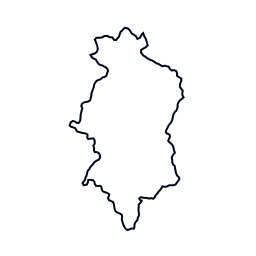 outline of Rio do Prado, Minas Gerais, Brazil, rotated 26°
{"feature_id": "56859067B64680241764039", "entity_name": "Rio do Prado", "entity_type": "district", "adm_level": 2, "iso_a3": "BRA", "parent_name": "Brazil", "parent_adm1": "Minas Gerais", "projection": "orthographic", "projection_center": [-40.561, -16.684], "detail": "fine", "context": "isolated", "style": "outline", "palette": "ink", "viewbox_px": 256, "rotation_deg": 26, "n_neighbors": 0, "source": "geoboundaries", "source_scale": "gbopen_adm2", "svg_char_len": 3381}
<svg xmlns="http://www.w3.org/2000/svg" viewBox="0 0 256 256"><g transform="rotate(26 128 128)"><path d="M177.4,215.9L177.0,213.7L176.1,211.8L176.0,209.5L176.8,206.7L176.2,204.5L176.2,202.0L175.2,199.8L173.8,197.8L172.7,195.6L172.1,193.9L171.2,192.1L172.0,189.6L172.1,187.4L170.3,187.4L169.0,186.4L169.8,184.6L172.6,183.9L174.6,183.0L176.2,182.5L178.2,182.1L179.4,180.9L181.7,180.5L182.5,178.3L182.3,176.5L183.1,173.9L183.6,170.9L184.4,168.3L184.6,165.3L186.8,164.8L188.6,163.6L190.2,161.4L192.4,160.3L194.3,159.3L195.5,157.9L195.9,155.4L196.2,153.5L196.6,151.2L195.2,149.9L192.9,149.2L190.9,147.5L189.4,145.5L188.0,143.6L186.5,141.6L184.7,141.1L182.9,139.6L181.9,137.4L180.4,135.7L180.2,133.6L180.4,131.6L181.0,129.6L179.0,127.8L177.8,126.1L176.5,124.7L175.1,123.7L173.3,123.1L171.5,122.7L169.8,122.0L169.6,120.2L169.6,117.7L168.6,115.9L166.9,115.8L165.2,115.9L163.7,115.1L163.3,112.5L163.4,110.2L163.4,108.3L163.7,106.4L164.3,104.0L164.2,101.4L163.6,98.9L163.0,96.0L163.0,93.5L163.7,91.6L163.8,89.5L163.3,87.1L162.3,85.2L162.1,82.6L162.4,80.7L163.4,78.6L164.5,76.1L162.5,74.6L161.6,73.1L160.9,70.6L158.8,69.4L156.7,68.4L155.6,66.0L155.3,64.2L155.2,62.0L154.1,60.1L151.7,60.0L149.1,59.6L148.2,57.4L146.5,55.7L144.2,55.8L141.9,57.2L139.5,56.4L137.6,55.0L136.0,55.5L133.9,55.8L132.0,57.3L129.5,57.3L127.1,57.0L125.2,57.4L122.9,57.0L120.4,56.7L118.6,57.0L116.9,56.9L114.9,56.9L112.6,56.4L109.9,56.1L106.8,54.6L105.6,52.3L106.5,50.6L107.5,49.2L108.7,47.4L109.4,44.9L107.8,43.2L106.0,41.2L104.5,39.7L103.0,38.9L101.4,37.4L100.0,36.1L99.4,37.7L99.3,39.4L99.1,41.6L97.5,43.8L94.8,42.0L91.9,41.5L90.0,41.5L88.2,40.3L86.3,39.2L84.1,38.6L81.3,39.2L80.5,41.1L80.1,42.8L79.2,44.8L79.5,47.4L79.8,50.0L79.2,52.2L78.8,54.1L76.7,54.9L74.2,53.4L71.7,54.5L68.7,54.3L66.3,55.9L65.1,57.9L63.4,59.1L61.7,59.8L60.1,60.8L59.4,63.0L61.3,64.7L63.0,66.3L64.7,68.0L66.3,70.4L66.6,73.3L65.4,75.7L63.6,77.3L62.3,78.9L63.9,79.9L65.5,80.6L67.3,80.6L69.3,80.7L71.3,82.1L73.4,83.3L75.5,83.5L77.2,83.0L79.5,83.2L81.9,83.3L83.4,83.8L85.1,85.4L85.1,87.8L85.8,90.4L84.7,92.2L82.9,93.9L81.9,96.3L80.3,97.9L79.1,99.4L78.7,101.4L78.6,104.0L79.4,106.5L79.5,108.5L79.7,110.4L80.0,113.0L80.9,115.1L81.3,117.1L81.8,119.8L80.6,121.8L78.8,123.1L77.2,124.3L76.0,126.5L76.5,128.9L78.3,130.2L78.8,133.1L79.4,136.0L80.0,137.7L80.9,139.8L81.9,142.5L81.4,145.2L79.3,145.8L77.3,145.5L75.2,145.9L74.2,147.8L74.2,149.6L74.5,151.4L76.3,151.8L78.1,151.5L80.6,151.2L82.3,152.5L83.8,153.4L85.7,153.1L87.7,152.7L90.4,152.1L92.7,151.5L94.3,151.5L95.1,152.8L95.5,154.5L97.1,155.3L99.2,153.8L101.4,152.5L103.4,153.7L104.9,156.5L104.7,159.2L106.4,161.1L107.3,163.2L108.7,164.2L110.8,163.3L113.2,163.5L115.0,165.1L115.8,166.9L115.7,169.2L113.9,171.4L112.8,173.6L112.5,175.4L111.9,177.4L111.3,179.5L111.2,182.1L110.5,184.5L111.1,186.7L111.6,189.1L111.5,191.1L112.0,193.0L111.8,195.1L111.3,197.4L113.1,198.9L115.7,197.1L115.8,194.5L115.1,192.1L116.9,191.1L119.5,190.3L121.5,191.1L122.7,192.9L124.6,194.0L126.6,193.2L128.2,192.2L129.8,192.5L130.8,193.9L132.3,195.5L133.8,196.0L135.9,195.7L138.3,195.5L140.3,195.8L140.7,197.8L140.6,199.6L142.6,201.2L144.8,201.1L147.0,201.1L149.0,202.9L150.2,204.8L151.3,206.5L153.0,208.0L155.0,208.7L157.5,208.4L160.4,208.7L161.8,210.5L162.2,212.3L163.7,214.3L165.3,216.0L166.8,217.4L168.6,218.8L170.4,219.7L172.3,219.9L173.5,218.7L175.1,216.8L177.4,215.9Z" fill="none" stroke="#020617" stroke-width="2"/></g></svg>